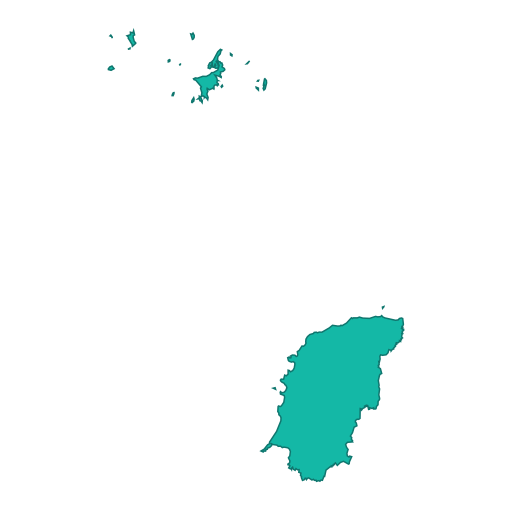 outline of Jepara, Jawa Tengah, Indonesia
{"feature_id": "22746128B68650893607060", "entity_name": "Jepara", "entity_type": "district", "adm_level": 2, "iso_a3": "IDN", "parent_name": "Indonesia", "parent_adm1": "Jawa Tengah", "projection": "robinson", "projection_center": [110.605, -6.261], "detail": "fine", "context": "isolated", "style": "filled", "palette": "teal", "viewbox_px": 512, "rotation_deg": 0, "n_neighbors": 0, "source": "geoboundaries", "source_scale": "gbopen_adm2", "svg_char_len": 5953}
<svg xmlns="http://www.w3.org/2000/svg" viewBox="0 0 512 512"><path d="M322.4,480.3L324.0,476.2L324.6,476.4L324.8,475.6L326.0,470.1L330.1,466.8L330.9,466.9L331.2,465.9L332.0,466.6L332.5,465.5L333.2,465.6L333.4,464.5L334.4,464.6L334.4,463.8L335.4,462.9L337.3,465.4L340.5,462.4L343.5,461.3L348.5,464.1L349.2,463.7L349.4,461.8L351.7,456.7L349.7,456.1L349.0,457.0L347.3,455.9L346.9,453.3L348.1,449.5L346.6,447.4L345.6,444.4L347.4,442.3L352.6,441.9L352.1,441.1L352.5,440.6L351.4,439.3L351.7,437.5L350.4,436.1L352.5,432.6L354.1,427.2L356.9,425.8L356.3,423.0L355.4,422.1L355.5,420.5L357.0,419.3L358.8,419.3L360.0,418.4L360.2,408.5L361.1,408.7L361.6,410.0L362.7,408.5L364.9,407.4L364.6,406.4L366.5,406.4L365.4,405.7L366.3,405.2L367.7,405.5L368.6,409.4L369.6,409.2L369.4,407.6L372.0,408.5L373.6,407.8L373.6,409.0L375.4,409.0L376.0,408.7L376.5,406.4L378.0,404.8L378.1,401.3L379.5,399.5L379.6,398.3L378.8,394.9L379.6,388.9L378.7,386.8L379.1,385.2L378.3,380.6L379.5,375.3L380.2,374.2L381.7,373.5L380.4,368.7L378.2,367.1L378.9,366.0L378.3,365.3L379.2,364.3L378.8,361.7L379.4,362.0L380.1,359.0L379.8,356.4L380.6,354.8L382.4,355.3L386.1,354.8L388.0,352.8L388.9,349.6L391.0,350.3L391.1,351.0L392.4,349.3L393.7,349.0L393.7,348.0L395.5,346.2L395.1,345.4L396.7,344.1L396.0,343.8L396.3,342.7L398.2,342.7L399.4,341.7L399.5,340.7L400.6,341.4L400.7,340.1L401.4,339.7L401.0,338.9L402.5,337.9L401.6,336.9L402.0,334.2L402.6,333.8L401.8,333.4L402.6,331.9L402.2,331.3L403.7,330.2L403.6,329.3L402.5,329.3L402.6,328.5L401.8,328.4L402.6,327.5L401.8,327.2L401.9,326.4L402.6,326.3L403.4,324.4L402.7,318.5L401.4,318.0L399.4,318.5L398.2,319.9L395.6,320.3L384.8,317.9L382.6,316.8L381.7,315.6L380.6,316.6L377.7,316.9L375.6,316.4L369.6,318.4L362.8,318.1L359.4,317.1L357.3,317.9L353.1,317.9L352.6,318.5L351.4,317.8L346.5,323.1L342.0,325.7L341.0,325.2L340.2,325.9L337.8,326.1L332.5,325.3L329.3,327.9L321.9,332.2L319.2,332.1L317.4,332.8L316.4,332.2L314.2,332.4L313.4,333.5L309.9,334.5L307.5,336.6L306.0,339.1L305.7,342.1L306.1,343.0L305.1,344.9L303.5,346.3L302.0,346.0L299.1,350.5L297.3,351.6L297.8,354.7L297.3,356.0L296.2,356.5L294.9,355.2L292.4,355.0L290.6,356.0L291.1,356.7L290.8,357.9L289.6,357.8L289.1,357.0L287.7,357.7L288.4,360.5L289.2,361.3L291.5,362.1L293.2,361.6L294.7,362.7L294.9,364.2L294.2,368.2L292.7,370.6L290.5,371.8L289.3,370.5L288.1,370.2L288.1,374.1L286.3,375.8L284.7,375.1L283.6,379.3L281.2,379.1L280.5,380.0L280.5,380.7L281.7,382.0L284.3,383.4L284.9,384.7L286.0,385.4L286.9,387.7L285.8,390.4L284.3,392.2L281.7,392.8L280.6,391.6L280.2,392.2L280.5,394.1L284.2,395.5L284.6,397.4L283.8,402.3L281.4,405.9L280.4,406.5L278.5,406.0L278.1,406.6L277.8,411.6L278.8,413.0L278.9,414.8L280.1,415.8L281.0,417.6L280.9,420.8L276.6,431.4L269.5,442.2L269.6,443.6L267.6,444.8L264.2,449.1L261.0,451.0L263.2,452.0L264.1,451.0L265.6,451.1L266.1,449.4L267.3,449.3L268.0,447.8L269.6,447.5L271.6,445.6L271.8,444.3L270.6,443.3L272.8,444.5L276.9,445.1L278.2,446.3L280.6,446.2L282.3,447.6L284.0,447.1L287.8,447.8L289.5,449.2L290.4,451.5L289.8,455.9L288.4,457.8L289.9,460.9L289.6,462.9L287.9,464.1L288.0,464.8L289.5,465.1L289.9,465.8L288.7,467.9L290.4,468.9L291.1,468.7L291.5,469.4L291.6,468.1L292.6,467.2L293.1,469.0L295.1,470.3L296.0,468.6L297.5,469.8L299.1,469.6L298.8,472.3L300.9,473.1L300.5,475.5L301.5,476.5L301.4,477.7L302.5,480.4L304.5,479.6L305.0,478.3L305.8,478.2L306.5,479.6L307.4,478.3L308.7,477.9L311.9,480.0L313.4,479.3L314.4,480.3L316.2,480.3L316.5,481.3L318.9,480.6L319.9,481.2L321.1,480.0L322.4,480.3ZM221.8,50.0L220.4,49.3L217.8,51.8L213.4,60.1L211.3,62.2L209.7,62.9L208.2,65.9L208.6,66.6L208.1,67.9L209.9,68.7L210.9,67.6L211.3,65.9L210.8,65.4L211.6,65.2L212.4,62.2L212.3,67.0L213.7,67.3L215.1,64.0L215.8,65.3L214.5,67.3L215.4,68.2L217.9,68.1L218.4,67.0L218.1,64.7L216.1,61.3L216.5,61.0L218.1,62.8L219.1,65.5L217.8,70.0L213.3,72.6L211.7,72.6L209.7,74.7L206.3,76.4L202.8,76.3L197.5,78.2L195.4,77.9L193.5,78.8L194.1,79.7L195.8,80.2L201.4,86.9L200.5,88.1L201.9,92.8L201.2,96.6L202.9,95.8L204.3,96.6L204.3,97.6L204.7,97.0L206.6,98.1L207.7,99.7L208.1,97.5L206.8,94.0L207.9,91.2L207.0,89.2L207.2,88.3L209.3,89.8L212.7,88.3L213.5,88.8L213.4,88.2L214.0,88.4L213.9,86.3L214.8,85.1L216.5,84.8L217.2,85.7L217.8,84.6L218.4,84.8L218.3,83.8L216.9,82.6L217.3,80.6L218.2,80.6L217.2,80.0L216.8,78.0L214.9,75.1L218.9,76.2L221.2,77.5L221.3,76.6L220.0,74.9L220.7,73.6L220.4,72.0L223.1,71.4L224.8,69.8L224.4,68.5L222.0,66.9L222.7,65.1L221.8,62.9L220.9,63.1L220.0,61.7L218.6,61.6L217.5,59.6L217.9,56.5L220.2,53.9L220.9,50.9L221.8,50.0ZM134.6,34.9L133.6,30.7L132.9,32.9L130.4,32.2L130.5,34.7L127.0,35.8L128.4,37.0L128.2,38.2L129.9,40.8L130.2,40.2L130.1,41.3L132.1,44.5L132.4,46.3L135.7,43.4L135.7,42.8L134.2,41.3L133.1,37.0L133.3,35.6L134.6,34.9ZM266.4,80.5L264.9,78.7L264.5,79.0L263.6,83.8L264.1,84.3L263.5,84.9L264.2,85.4L263.5,85.7L263.9,86.8L263.1,88.3L263.9,90.1L265.2,88.8L266.6,82.9L266.4,80.5ZM112.0,66.0L109.7,67.0L108.3,68.9L108.4,69.6L111.1,70.3L114.1,68.7L112.0,66.0ZM194.2,35.3L193.0,33.1L192.2,34.3L190.7,33.9L192.4,39.4L193.4,38.9L194.2,37.2L194.2,35.3ZM202.3,100.7L200.4,96.9L199.3,96.2L199.4,97.6L197.9,98.9L199.3,98.7L200.0,100.8L201.0,101.0L202.1,102.6L202.3,100.7ZM192.1,102.6L193.8,101.1L194.1,99.1L193.7,97.7L191.9,100.5L191.7,102.3L192.1,102.6ZM258.4,88.1L256.1,87.1L256.2,88.0L258.4,90.1L258.4,88.1ZM173.1,95.7L173.9,93.8L174.0,92.6L173.3,92.7L172.4,94.3L172.1,95.6L173.1,95.7ZM169.4,59.6L168.2,60.4L168.3,61.9L169.7,61.4L170.0,60.0L169.4,59.6ZM231.9,55.9L232.1,54.7L230.5,53.5L230.5,55.0L231.9,55.9ZM275.1,387.7L273.2,388.2L275.6,389.3L275.1,387.7ZM221.6,87.3L222.7,86.2L222.2,85.1L221.1,86.5L221.6,87.3ZM247.4,63.7L249.6,60.9L246.6,63.8L247.4,63.7ZM382.6,308.3L383.8,306.9L383.9,306.5L382.4,307.1L382.6,308.3ZM112.2,37.1L110.8,35.1L110.0,35.9L111.6,36.5L112.2,38.1L112.2,37.1ZM127.9,49.3L130.0,48.8L130.0,48.1L127.9,49.3ZM258.7,80.3L257.9,80.4L257.4,81.1L258.3,81.2L258.7,80.3ZM179.3,65.2L180.2,64.8L180.7,63.5L179.3,65.2Z" fill="#14b8a6" stroke="#0f766e" stroke-width="1.5"/></svg>